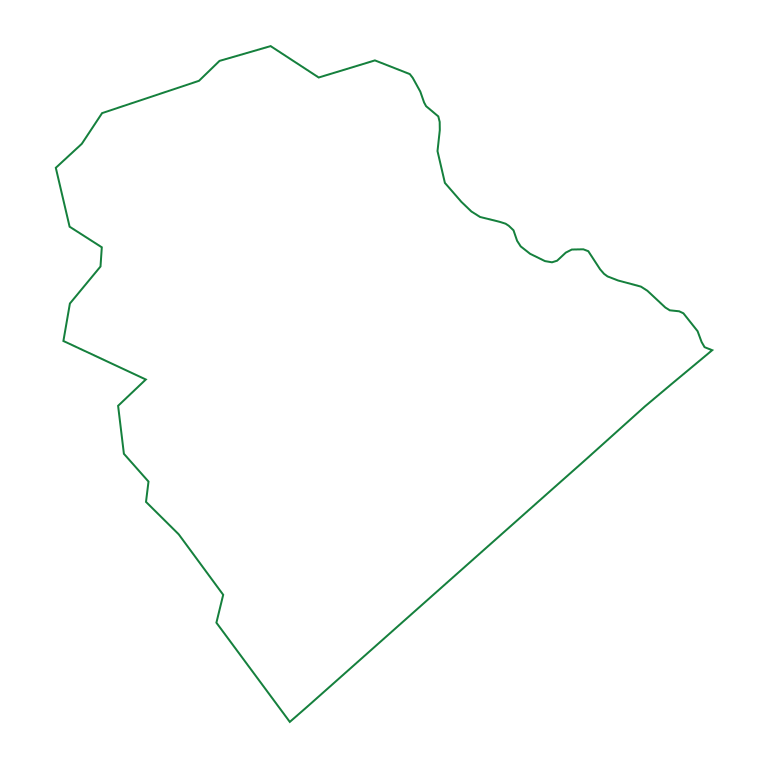 Columbia, Georgia, United States of America (Natural Earth projection)
{"feature_id": "52423323B94231025713709", "entity_name": "Columbia", "entity_type": "district", "adm_level": 2, "iso_a3": "USA", "parent_name": "United States of America", "parent_adm1": "Georgia", "projection": "natural_earth1", "projection_center": [-82.204, 33.528], "detail": "fine", "context": "isolated", "style": "outline", "palette": "green", "viewbox_px": 768, "rotation_deg": 0, "n_neighbors": 0, "source": "geoboundaries", "source_scale": "gbopen_adm2", "svg_char_len": 1001}
<svg xmlns="http://www.w3.org/2000/svg" viewBox="0 0 768 768"><path d="M409.8,74.1L374.9,60.4L318.7,77.5L270.6,46.1L219.5,60.9L199.0,80.8L102.1,113.1L81.8,143.8L55.8,167.8L69.6,226.7L101.8,247.3L100.5,266.5L69.9,303.5L63.4,341.0L145.8,379.5L118.1,405.8L123.9,453.8L148.5,481.6L146.0,501.9L178.7,534.3L223.2,594.8L216.4,622.7L289.8,721.9L307.8,706.2L552.6,488.9L584.8,460.4L644.8,406.5L671.7,383.9L712.2,350.2L704.6,347.2L701.6,342.0L697.6,331.2L683.4,313.3L679.2,311.3L669.7,310.3L668.7,309.6L665.3,307.5L647.3,290.7L640.9,286.6L618.1,280.5L607.5,276.4L604.0,273.8L600.1,269.3L588.3,251.2L583.3,249.3L573.8,249.5L571.9,249.5L565.8,252.6L557.1,260.7L552.0,262.3L545.0,261.1L530.1,253.8L526.7,251.1L520.7,246.4L517.1,240.8L513.5,230.3L508.8,225.8L505.6,223.7L499.9,221.9L496.4,221.0L480.1,217.0L471.4,211.5L461.4,201.9L444.9,182.9L437.5,151.1L439.8,130.1L439.7,122.9L439.7,122.0L438.3,116.4L426.1,106.2L424.1,102.5L420.3,91.6L412.7,77.8L409.8,74.1Z" fill="none" stroke="#15803d" stroke-width="2"/></svg>